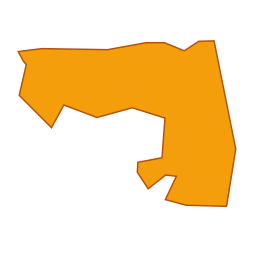 an SVG outline of Atua, rotated 175°
{"feature_id": "WSM-4987", "entity_name": "Atua", "entity_type": "state/province", "adm_level": 1, "iso_a3": "WSM", "parent_name": "Samoa", "parent_adm1": "", "projection": "mercator", "projection_center": [-171.556, -13.962], "detail": "fine", "context": "isolated", "style": "filled", "palette": "amber", "viewbox_px": 256, "rotation_deg": 175, "n_neighbors": 0, "source": "natural_earth", "source_scale": "10m", "svg_char_len": 472}
<svg xmlns="http://www.w3.org/2000/svg" viewBox="0 0 256 256"><g transform="rotate(175 128 128)"><path d="M113.2,65.7L122.6,83.3L121.1,93.0L96.7,95.4L90.3,134.7L122.1,147.8L158.1,141.2L189.9,156.5L204.2,135.0L233.5,170.0L223.8,200.0L226.4,203.7L230.7,213.7L207.1,214.6L141.6,207.8L102.5,211.4L84.3,209.8L65.2,200.0L50.0,208.2L34.7,207.3L22.5,97.6L36.7,41.4L76.8,46.0L97.0,53.4L84.0,75.7L94.6,77.9L113.2,65.7Z" fill="#f59e0b" stroke="#b45309" stroke-width="1.5"/></g></svg>